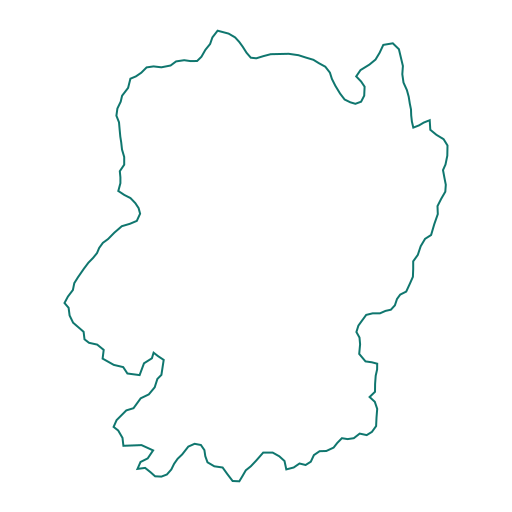 Bueno Brandão, Minas Gerais, Brazil (Albers equal-area conic projection)
{"feature_id": "56859067B48142710212555", "entity_name": "Bueno Brandão", "entity_type": "district", "adm_level": 2, "iso_a3": "BRA", "parent_name": "Brazil", "parent_adm1": "Minas Gerais", "projection": "albers", "projection_center": [-46.355, -22.488], "detail": "fine", "context": "isolated", "style": "outline", "palette": "teal", "viewbox_px": 512, "rotation_deg": 0, "n_neighbors": 0, "source": "geoboundaries", "source_scale": "gbopen_adm2", "svg_char_len": 2826}
<svg xmlns="http://www.w3.org/2000/svg" viewBox="0 0 512 512"><path d="M429.7,120.2L423.7,122.6L419.0,125.4L413.3,127.6L411.9,121.6L411.2,115.4L411.0,109.5L409.8,103.6L408.7,96.7L406.9,90.1L403.5,82.6L402.3,74.2L402.9,66.0L400.9,57.6L398.9,49.2L392.8,43.3L383.3,44.9L379.6,52.8L375.5,59.6L369.4,64.6L360.5,70.1L356.2,76.4L361.1,81.5L364.6,86.7L364.2,95.7L361.1,101.7L355.4,103.8L350.3,102.3L344.6,99.5L340.1,93.6L335.3,85.7L331.9,78.9L329.9,72.6L325.3,66.7L318.9,63.2L313.4,59.8L306.0,57.6L298.5,55.2L288.7,53.8L279.7,54.0L270.7,54.2L263.5,56.1L256.3,58.3L250.8,57.7L246.5,52.7L242.7,46.7L239.3,42.0L235.1,37.4L228.6,33.6L217.6,30.7L212.4,37.4L210.1,44.0L205.4,49.8L201.4,56.8L197.1,61.0L190.5,61.1L184.2,60.2L176.1,61.4L170.6,65.5L161.4,67.3L153.5,66.4L146.6,67.4L141.3,72.7L135.9,76.4L130.4,78.7L128.1,87.9L122.1,95.7L120.7,101.7L117.4,108.5L116.4,115.7L119.0,122.3L119.6,129.2L120.3,136.6L121.2,142.3L122.0,149.5L124.2,157.0L124.2,164.7L119.8,171.2L120.4,177.3L120.4,183.2L118.3,191.0L124.4,195.0L130.5,198.1L135.3,203.1L138.6,208.1L140.1,213.7L136.8,220.9L129.9,223.8L121.8,226.2L114.4,232.6L108.0,239.1L102.9,242.8L99.2,247.9L97.0,253.1L93.1,257.9L88.4,262.7L83.9,268.7L78.0,277.2L74.3,283.1L72.9,290.0L67.9,296.6L64.5,303.0L68.6,307.8L69.6,315.5L73.1,322.7L83.6,331.8L84.5,339.3L89.0,342.8L97.2,344.6L103.7,349.9L102.6,358.6L113.8,364.9L123.2,367.1L127.4,373.5L139.6,375.1L144.0,363.3L151.9,358.3L153.6,352.7L158.0,356.1L163.7,359.9L161.4,374.9L157.4,378.9L154.7,387.3L148.8,394.4L140.7,398.3L133.5,408.2L126.3,410.4L116.6,420.1L113.6,426.9L118.2,430.5L122.5,437.9L123.4,445.8L141.5,445.1L153.1,450.4L147.7,458.4L140.5,462.0L137.5,468.9L145.1,467.9L150.5,472.2L155.1,476.3L161.4,476.6L166.9,474.5L171.3,469.5L174.1,463.8L177.6,458.8L182.2,454.4L188.3,446.6L194.6,443.8L200.9,445.0L204.4,450.1L205.3,456.2L207.5,462.3L214.3,466.3L222.6,467.5L227.2,473.9L232.6,481.0L239.3,481.3L242.5,476.0L245.8,470.3L250.8,466.3L256.1,460.7L263.2,452.6L272.7,452.6L279.3,456.3L284.5,461.0L286.3,469.4L293.7,467.5L299.5,463.5L305.6,465.0L310.8,461.7L313.9,455.1L319.6,451.2L326.3,451.0L333.6,447.6L337.3,442.9L341.9,438.2L347.6,439.1L353.8,438.2L359.7,433.6L366.7,435.1L371.9,431.9L376.1,426.1L376.5,417.7L377.2,408.9L374.8,401.8L369.6,397.0L375.0,391.8L375.1,383.9L375.7,375.7L377.1,369.5L377.2,363.7L371.9,362.3L365.5,361.4L359.2,353.9L360.1,344.3L359.5,337.6L356.4,332.0L358.4,325.6L361.8,320.9L366.2,314.9L372.8,313.3L380.0,313.3L385.5,310.9L390.9,309.7L394.9,305.3L397.0,299.0L400.2,294.6L406.2,291.6L410.0,283.4L412.9,276.8L413.2,269.1L413.2,261.3L417.8,254.9L420.7,246.2L425.1,238.8L431.1,235.0L434.3,224.1L437.8,214.1L437.5,206.1L441.2,198.8L445.3,191.7L445.8,184.8L444.4,177.6L443.0,170.1L445.5,164.5L447.3,155.7L447.5,145.5L443.6,139.2L436.4,134.8L430.3,129.8L429.7,120.2Z" fill="none" stroke="#0f766e" stroke-width="2"/></svg>